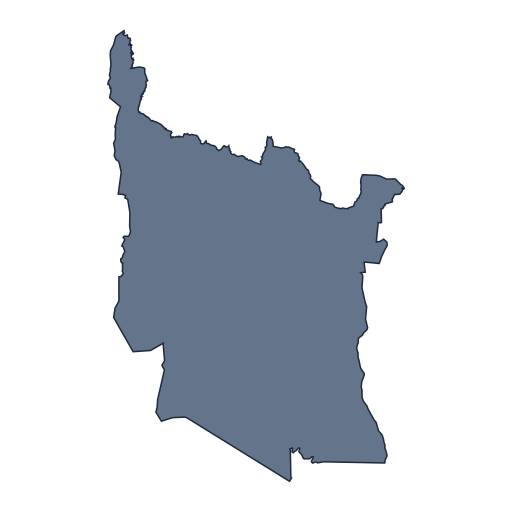 Coronel Pringles, San Luis, Argentina (Mercator projection)
{"feature_id": "61730980B39626183389698", "entity_name": "Coronel Pringles", "entity_type": "district", "adm_level": 2, "iso_a3": "ARG", "parent_name": "Argentina", "parent_adm1": "San Luis", "projection": "mercator", "projection_center": [-66.019, -33.04], "detail": "fine", "context": "isolated", "style": "filled", "palette": "slate", "viewbox_px": 512, "rotation_deg": 0, "n_neighbors": 0, "source": "geoboundaries", "source_scale": "gbopen_adm2", "svg_char_len": 6019}
<svg xmlns="http://www.w3.org/2000/svg" viewBox="0 0 512 512"><path d="M402.3,185.3L400.8,184.6L395.5,179.1L395.0,178.9L386.7,179.1L379.6,175.9L376.1,175.3L362.7,174.7L362.3,175.0L361.0,178.7L360.6,182.9L361.0,183.9L361.0,188.5L360.7,189.2L361.2,191.6L360.3,194.7L359.4,195.8L359.4,197.4L357.5,198.6L356.9,200.7L354.9,202.2L353.6,206.0L353.1,206.3L348.5,207.9L348.0,208.7L343.7,208.4L343.2,208.0L341.9,208.2L341.4,208.7L340.5,208.8L339.7,208.3L339.0,208.4L334.7,207.2L334.5,206.3L332.7,204.2L328.0,203.4L319.9,200.4L321.1,193.6L319.7,190.0L319.5,186.8L317.8,185.1L313.0,181.4L312.1,180.0L310.7,179.2L310.3,178.1L310.7,176.6L310.4,175.0L309.1,173.3L308.4,170.5L306.4,168.8L303.1,164.0L300.5,161.1L300.0,161.0L299.4,161.4L299.0,161.3L298.8,160.0L299.6,158.0L299.0,156.8L298.1,155.8L298.0,154.3L297.7,153.4L294.9,152.8L294.2,151.7L294.5,149.3L291.6,148.4L288.9,147.0L286.9,147.2L286.1,146.7L284.3,147.5L281.6,148.0L273.2,146.3L273.1,144.1L272.6,143.6L272.9,142.6L272.8,141.3L272.0,139.0L271.0,138.7L271.2,137.3L270.8,137.6L269.9,137.1L268.9,137.7L267.7,136.8L266.6,142.6L266.8,145.7L266.3,146.7L265.2,147.3L265.6,149.2L264.6,151.4L263.3,153.3L262.0,157.0L261.6,157.1L262.5,157.9L261.5,160.0L260.3,161.3L261.0,163.3L260.7,164.5L253.6,162.0L250.2,160.0L248.9,160.5L247.7,159.7L247.3,158.9L246.4,159.2L245.7,158.9L245.8,158.4L243.8,156.4L242.1,155.7L237.9,156.5L235.1,155.2L234.6,154.3L232.9,154.6L232.1,154.4L230.6,152.8L230.8,151.6L229.4,150.4L229.8,150.0L229.8,148.9L229.0,147.7L228.8,145.8L228.1,146.7L225.7,146.9L225.3,146.7L225.3,146.2L224.0,145.7L222.5,147.3L221.8,148.6L219.7,150.2L218.6,150.6L217.7,149.6L216.7,149.2L216.4,147.7L214.6,145.9L210.3,144.9L209.2,143.9L206.6,143.2L206.1,142.2L206.3,141.1L206.1,140.8L203.7,143.7L203.1,143.6L202.3,144.1L201.0,143.6L200.6,143.3L200.7,141.2L198.9,139.0L198.6,137.9L197.6,136.4L197.1,136.1L196.9,135.6L195.5,135.2L194.5,135.2L192.0,134.4L191.1,134.5L189.7,135.3L187.4,133.5L186.2,134.4L184.3,133.8L183.0,136.9L181.8,137.0L178.9,136.1L178.7,136.2L178.6,137.2L176.4,136.4L175.1,137.3L172.6,136.8L171.8,137.3L171.5,138.6L171.2,137.4L170.6,137.0L170.8,135.9L170.3,134.9L171.9,132.5L171.2,131.8L171.2,131.4L169.5,131.2L168.2,130.4L167.5,130.5L166.8,129.9L166.2,128.9L165.7,129.3L165.4,128.4L164.6,128.6L164.5,127.9L160.8,124.3L155.6,121.7L154.3,121.6L152.9,120.6L152.4,120.6L152.1,121.0L151.0,120.5L147.8,117.1L147.4,117.3L146.6,116.8L146.6,116.4L145.6,116.2L145.1,115.4L142.7,113.6L142.1,113.8L140.5,112.9L139.4,112.6L139.6,112.0L138.9,112.0L138.9,111.6L138.5,111.2L138.1,110.1L138.4,108.7L138.2,108.1L139.0,106.4L139.9,102.7L139.8,102.1L140.8,100.1L140.7,99.5L141.4,98.9L141.3,98.6L140.9,99.0L141.5,97.8L141.2,98.3L140.9,98.4L141.5,97.1L141.2,97.1L141.8,96.8L141.4,96.7L141.5,96.3L141.3,96.3L141.5,96.1L141.0,96.4L141.0,96.1L141.3,95.6L141.8,95.7L141.8,94.3L142.4,94.6L143.0,94.1L143.1,93.8L142.7,94.0L143.5,92.6L142.8,93.2L143.7,91.7L144.0,91.8L144.0,92.2L144.1,91.6L144.2,92.0L144.3,91.4L144.6,91.6L144.3,91.1L144.9,90.9L145.0,88.9L145.5,87.7L146.0,87.5L146.1,85.4L146.4,85.2L145.7,82.3L146.5,81.2L147.2,81.0L147.7,80.4L146.7,78.7L146.7,77.9L144.7,72.7L144.8,68.9L143.7,67.7L139.1,67.0L130.9,68.4L132.2,66.9L132.2,65.0L133.1,62.8L132.9,61.0L133.7,60.1L133.7,59.8L132.7,59.5L133.0,58.5L132.2,58.8L131.8,58.7L131.3,56.5L131.4,55.4L133.4,53.7L133.4,53.3L133.0,53.0L132.0,53.0L131.3,53.8L130.8,53.4L131.3,51.8L132.2,51.7L130.8,49.1L131.2,47.5L130.9,46.5L131.7,45.4L131.7,44.9L131.0,44.7L130.0,45.3L129.0,44.8L128.9,44.5L129.4,44.1L130.3,44.1L129.7,41.4L130.6,40.4L130.1,38.3L129.4,38.1L128.7,38.4L128.0,38.1L127.2,35.0L125.2,35.6L124.4,35.4L123.1,34.3L123.0,33.5L123.9,33.4L124.5,32.9L123.9,30.7L116.5,35.8L116.4,36.4L115.8,36.6L113.5,45.0L110.5,50.8L110.2,55.7L111.0,64.6L110.3,69.1L110.4,71.4L109.4,74.8L110.4,78.3L108.6,80.8L107.8,84.2L109.7,85.4L109.9,88.1L110.8,88.1L110.9,91.8L109.6,97.7L120.5,106.8L117.0,117.0L116.2,122.7L114.8,126.9L115.6,127.1L115.2,134.1L115.4,139.3L113.6,143.2L115.0,150.6L114.2,155.7L116.1,159.8L117.5,160.3L118.6,161.7L119.4,163.6L121.2,172.3L118.2,194.1L122.2,194.3L125.8,195.5L124.9,197.8L127.7,199.4L129.9,212.6L129.6,226.5L130.5,231.7L128.8,236.3L124.1,236.2L123.1,237.3L124.8,239.7L121.7,245.9L123.1,246.7L124.9,251.5L122.9,255.3L122.2,258.0L120.7,258.9L120.9,261.7L121.9,263.0L122.8,263.1L122.4,265.3L122.6,269.3L122.2,271.1L123.4,273.3L121.2,276.3L118.9,276.8L118.9,301.1L115.1,308.0L113.6,317.4L133.1,351.7L150.5,350.5L163.3,343.2L163.2,345.1L164.6,360.6L161.9,365.2L164.4,369.9L157.6,399.7L157.1,407.3L155.9,412.2L161.4,421.2L172.3,417.7L184.3,417.1L186.4,417.5L289.5,481.3L291.6,477.9L290.9,477.4L290.3,450.0L289.9,448.9L292.0,447.9L292.5,448.3L292.0,451.7L292.5,452.4L293.3,452.7L293.6,452.7L294.6,451.4L296.2,450.6L298.5,448.0L299.6,448.0L299.8,448.8L298.9,451.2L299.0,452.0L301.5,454.4L303.2,458.1L304.2,458.9L309.4,458.8L310.4,458.3L311.8,456.6L313.1,456.7L313.4,457.0L313.3,457.4L311.4,461.1L311.7,462.3L312.7,463.1L315.4,462.1L316.6,462.2L317.5,462.9L323.5,461.8L384.8,463.0L385.1,460.0L386.8,456.7L387.0,455.1L385.7,450.0L384.9,448.3L385.0,444.8L384.0,442.6L383.5,439.2L382.1,434.9L378.5,430.8L376.2,422.5L374.0,419.8L368.1,409.1L367.1,406.3L363.3,401.0L362.1,397.5L362.0,390.1L361.3,387.3L361.3,386.0L361.8,381.6L364.2,375.2L364.3,373.9L363.9,373.0L361.0,368.8L360.4,367.3L358.9,359.9L358.1,357.7L358.0,352.9L356.9,349.5L356.7,348.0L357.4,344.8L358.3,342.6L358.1,339.9L358.5,338.5L359.3,337.5L362.3,335.3L363.8,332.8L367.1,329.5L367.6,327.6L365.5,319.0L366.7,306.7L365.1,302.1L362.0,287.9L362.8,276.0L362.2,274.4L360.7,272.6L365.2,272.2L364.1,262.4L366.2,262.2L379.2,263.5L381.5,256.8L384.8,249.8L387.2,245.5L386.9,242.1L383.6,239.2L380.3,241.3L376.3,242.0L378.2,222.5L380.2,222.9L381.5,222.5L381.2,208.7L382.6,208.6L383.4,207.7L383.8,206.1L385.1,205.5L384.9,204.5L385.1,204.0L392.5,201.8L392.1,199.4L392.4,199.3L394.5,194.5L397.9,194.4L400.0,194.0L402.3,191.0L402.3,190.2L402.7,189.7L402.1,188.6L402.2,188.0L403.0,187.8L403.6,189.0L404.2,188.7L403.9,187.6L402.3,185.3Z" fill="#64748b" stroke="#1e293b" stroke-width="1.5"/></svg>